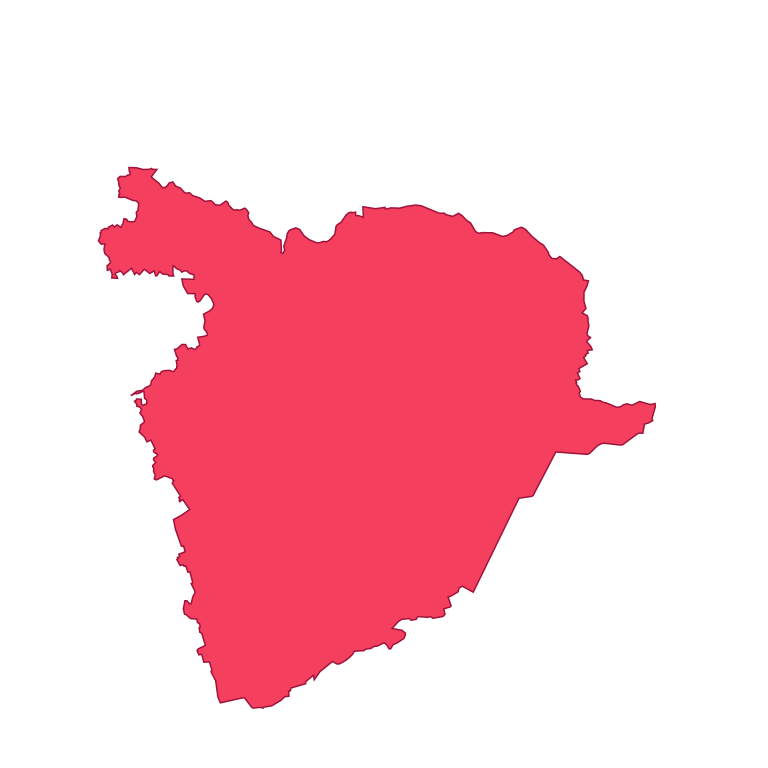 Kamphaeng Saen, Nakhon Pathom, Thailand, rotated 164°
{"feature_id": "78962969B43600693402373", "entity_name": "Kamphaeng Saen", "entity_type": "district", "adm_level": 2, "iso_a3": "THA", "parent_name": "Thailand", "parent_adm1": "Nakhon Pathom", "projection": "albers", "projection_center": [99.979, 14.019], "detail": "fine", "context": "isolated", "style": "filled", "palette": "rose", "viewbox_px": 768, "rotation_deg": 164, "n_neighbors": 0, "source": "geoboundaries", "source_scale": "gbopen_adm2", "svg_char_len": 6171}
<svg xmlns="http://www.w3.org/2000/svg" viewBox="0 0 768 768"><g transform="rotate(164 384 384)"><path d="M355.4,560.2L357.9,549.9L361.6,552.6L364.9,553.9L363.9,557.0L367.1,557.4L368.4,558.3L370.6,558.3L373.8,557.0L380.6,551.3L385.0,550.0L386.6,548.8L389.9,541.6L396.0,537.7L399.5,536.5L403.3,537.8L407.7,537.6L410.1,538.5L416.2,543.4L420.1,548.7L422.5,555.9L425.8,558.4L431.7,558.0L433.4,557.3L435.7,555.0L437.3,551.3L442.3,544.2L442.6,540.2L445.0,537.3L446.9,538.8L445.9,540.2L443.4,550.7L449.7,556.4L451.8,561.7L460.7,567.9L465.8,572.3L466.8,576.1L468.5,579.2L468.5,583.4L466.8,585.8L468.2,589.9L469.4,591.5L474.6,590.7L477.1,592.0L479.5,592.2L481.3,593.6L484.0,598.8L484.1,601.6L485.5,603.4L492.6,601.0L496.9,602.9L498.8,606.8L500.2,608.1L505.7,608.9L510.0,613.8L515.9,617.7L518.3,621.5L521.6,622.0L523.0,623.1L525.7,628.4L529.7,631.7L531.3,636.5L535.2,636.4L537.5,634.4L540.8,633.2L543.1,634.1L544.8,638.7L550.7,647.1L543.2,652.9L547.3,654.1L548.0,655.3L550.2,655.0L556.4,656.6L562.4,660.1L569.5,662.4L570.3,658.2L569.5,657.7L570.7,655.2L573.3,655.5L575.0,654.6L580.5,656.3L583.5,654.7L583.3,651.8L584.1,647.7L583.5,644.8L585.8,642.6L585.5,639.5L586.5,639.4L587.5,636.7L584.4,635.5L582.0,635.3L574.6,629.6L571.6,628.2L570.0,625.4L572.6,618.9L574.9,617.1L575.3,613.4L577.1,611.0L579.0,608.9L582.7,609.6L585.8,611.3L585.8,613.2L588.3,614.6L590.8,610.1L593.7,607.1L596.7,610.6L600.0,609.2L601.1,611.6L605.6,610.7L607.0,609.3L609.2,610.5L613.7,609.4L614.0,607.9L615.1,607.5L615.7,604.7L619.1,600.2L617.3,596.3L613.7,595.7L616.1,590.4L616.4,586.5L613.2,581.0L613.8,579.3L613.2,577.1L613.7,575.8L617.6,574.0L618.6,569.5L615.3,569.7L615.1,564.1L616.5,561.0L611.0,559.0L611.2,561.7L612.4,563.6L611.2,564.7L608.0,564.9L606.9,565.9L604.7,563.1L604.4,560.9L594.8,564.9L593.6,558.0L591.2,559.5L588.8,556.5L582.8,560.4L578.7,554.8L573.8,556.1L573.7,550.9L572.4,550.7L568.6,553.9L566.5,550.7L562.0,548.9L561.1,548.3L561.0,547.2L556.4,545.8L556.3,548.9L554.3,555.7L553.4,555.3L551.8,552.3L548.6,549.6L547.5,547.3L544.4,547.7L542.4,547.0L540.4,543.8L536.4,541.2L537.9,537.0L549.4,540.7L549.9,533.3L547.7,525.0L540.6,522.9L541.6,519.6L541.2,515.0L540.1,514.0L538.2,514.5L531.5,519.8L528.8,519.0L526.5,514.1L525.6,508.3L525.8,507.0L528.0,504.0L530.9,502.5L538.3,500.8L538.6,494.0L541.4,488.8L541.7,486.5L540.0,482.2L540.1,480.1L540.6,479.5L544.6,479.5L550.2,480.3L550.3,473.3L550.9,471.6L553.4,471.3L555.1,469.6L556.6,469.4L559.1,471.8L562.9,471.8L563.9,476.6L567.3,477.7L573.4,474.8L575.9,475.0L575.7,467.5L575.1,466.8L575.4,463.7L577.3,463.9L577.6,459.9L579.0,456.2L580.6,455.7L581.7,454.4L583.4,454.1L586.8,456.4L591.4,457.3L594.5,457.3L596.7,455.2L600.4,457.4L602.5,453.9L606.6,451.2L608.2,448.0L609.7,446.9L614.0,446.3L618.0,444.5L623.5,445.2L630.6,442.6L625.4,443.5L624.7,442.8L620.7,442.7L619.1,443.5L616.8,442.7L618.1,436.1L616.5,433.9L617.5,430.5L622.0,429.9L622.6,431.5L621.5,436.3L626.0,437.8L626.6,436.7L628.6,436.2L627.3,432.9L627.8,430.9L624.6,428.7L624.4,425.8L626.6,423.3L625.0,419.3L624.5,413.7L629.6,411.5L630.3,408.9L632.6,405.3L628.7,399.0L627.9,393.8L623.5,394.3L621.9,384.6L623.8,384.0L624.1,382.9L623.5,381.2L621.1,378.7L622.5,377.1L625.4,376.5L626.2,375.6L626.4,374.3L625.0,371.5L628.8,369.4L629.1,368.1L628.5,366.3L629.7,363.3L628.9,360.0L631.0,356.0L629.1,354.5L620.2,356.2L613.6,351.3L613.5,349.7L612.7,348.8L614.9,347.2L610.4,332.1L612.5,331.6L612.0,329.1L612.9,328.8L612.9,327.3L609.2,328.2L605.4,316.8L615.9,313.4L623.7,311.7L624.5,302.1L623.7,288.3L623.4,283.8L621.3,283.5L621.4,277.6L628.1,276.9L628.0,274.4L630.5,274.1L630.4,272.7L631.5,272.3L630.0,265.7L626.7,265.6L626.4,263.9L624.7,263.8L624.3,257.2L622.4,257.0L622.6,245.7L624.4,245.3L622.9,237.4L623.3,235.4L626.4,232.2L630.0,226.0L631.5,226.4L633.2,230.0L635.1,230.5L638.8,223.3L639.2,217.8L637.7,216.8L634.7,211.9L628.8,209.6L629.0,206.1L627.2,204.0L628.0,200.7L628.9,200.6L629.5,196.1L627.9,194.7L627.8,181.9L635.6,180.6L637.2,179.2L636.6,174.7L633.7,174.3L633.8,166.2L628.4,165.0L628.2,156.1L629.4,155.6L629.5,154.7L627.6,145.1L629.9,129.2L629.2,122.6L605.6,121.2L604.6,120.7L600.1,109.3L599.3,108.6L592.3,107.3L589.6,105.8L589.1,106.5L580.5,105.6L570.4,108.3L565.7,110.7L561.5,110.1L560.3,115.0L558.6,114.9L557.2,117.4L541.9,117.5L541.5,119.3L532.1,123.5L532.6,118.9L524.8,125.2L510.0,131.5L506.2,127.7L503.8,127.2L497.1,128.8L492.0,131.0L488.6,132.9L486.1,135.3L476.6,133.2L474.8,134.2L469.4,133.4L466.1,134.5L462.7,133.9L456.1,135.1L454.9,134.9L453.1,132.1L452.3,128.3L450.7,127.5L447.1,130.9L442.7,131.5L435.1,133.9L432.9,136.4L432.1,138.6L434.5,142.2L443.6,146.8L435.7,151.7L431.9,152.9L424.4,151.6L423.0,149.4L417.9,148.9L416.2,150.7L414.8,150.8L406.1,147.6L403.6,147.7L401.5,145.3L391.4,144.3L388.8,145.8L388.6,151.3L381.7,151.5L380.6,152.2L381.1,161.5L378.0,161.7L370.1,163.8L368.1,167.2L364.4,168.0L355.6,159.3L285.7,237.0L273.3,235.3L271.5,235.6L237.6,271.3L208.2,260.4L205.8,260.5L195.9,265.8L191.3,266.8L188.5,266.3L173.7,260.2L171.4,259.8L154.0,266.3L151.6,266.4L148.8,265.3L144.7,273.6L139.9,273.7L135.7,274.8L136.2,276.5L129.6,287.1L128.8,290.5L132.2,290.6L134.5,291.3L143.0,296.7L151.0,295.3L153.0,296.0L155.6,297.9L159.0,298.1L163.2,296.9L166.8,297.5L174.9,304.1L178.8,306.3L180.8,308.4L186.1,310.2L188.9,312.4L196.5,314.7L198.9,317.5L198.8,321.6L197.3,322.8L197.9,328.4L198.7,328.8L199.1,332.3L198.4,332.4L198.7,334.9L196.3,334.5L194.1,335.1L195.0,341.3L192.3,342.0L192.5,345.1L183.0,347.5L184.8,354.5L182.1,355.5L182.3,356.7L179.2,357.5L179.5,360.2L174.4,359.5L174.8,362.8L177.5,369.2L172.7,371.7L174.9,374.4L175.0,376.5L171.0,383.4L170.6,388.0L169.7,390.7L169.8,393.6L173.9,397.7L169.0,401.0L169.0,408.5L166.5,417.0L162.0,422.1L159.0,426.8L163.5,429.0L163.5,433.8L165.1,437.7L179.8,458.1L183.7,456.8L188.0,458.4L189.9,463.1L189.8,465.3L192.4,473.5L195.9,477.4L201.1,485.2L205.4,493.7L208.6,496.8L216.0,496.3L218.2,494.5L224.7,492.8L229.5,493.2L237.8,499.4L247.7,502.4L251.8,502.9L254.1,505.6L256.4,515.0L259.7,518.9L262.5,524.3L265.2,527.5L271.7,526.2L277.9,529.8L278.7,531.5L283.9,533.0L299.1,545.1L304.3,547.3L312.9,548.5L320.5,548.7L328.8,551.4L333.1,551.5L334.5,552.1L334.3,553.5L343.7,554.8L355.4,560.2Z" fill="#f43f5e" stroke="#9f1239" stroke-width="1.5"/></g></svg>